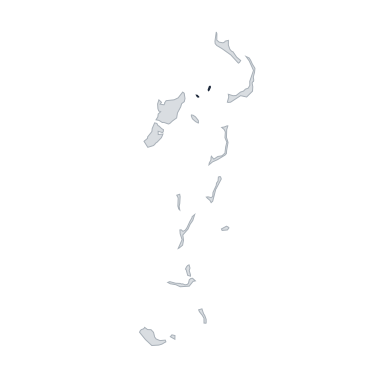 where Berry Islands sits in The Bahamas, rotated 53°
{"feature_id": "BHS-5018", "entity_name": "Berry Islands", "entity_type": "District", "adm_level": 1, "iso_a3": "BHS", "parent_name": "The Bahamas", "parent_adm1": "", "projection": "robinson", "projection_center": [-77.863, 25.599], "detail": "fine", "context": "in_parent", "style": "filled", "palette": "slate", "viewbox_px": 384, "rotation_deg": 53, "n_neighbors": 0, "source": "natural_earth", "source_scale": "10m", "svg_char_len": 3702}
<svg xmlns="http://www.w3.org/2000/svg" viewBox="0 0 384 384"><g transform="rotate(53 192 192)"><path d="M123.6,159.7L123.5,164.8L123.9,168.6L123.5,169.9L119.6,172.5L118.6,173.9L114.9,175.3L112.7,177.3L111.5,174.1L109.4,172.1L109.0,168.7L107.3,169.8L105.0,169.1L101.0,166.5L98.5,163.0L102.0,162.4L102.7,164.6L105.5,161.9L104.9,160.5L104.4,160.3L103.5,157.7L107.6,150.8L108.5,146.4L106.6,139.3L108.4,138.8L113.1,141.3L115.2,143.8L115.2,147.1L117.2,149.8L120.1,156.0L123.6,159.7ZM126.7,178.9L126.7,179.9L123.1,182.5L125.8,184.4L128.2,180.3L130.2,183.7L131.2,189.9L131.1,191.0L131.2,192.0L131.6,193.2L131.7,194.9L129.7,200.4L122.6,199.8L122.4,195.2L121.3,194.3L119.6,187.7L117.4,185.6L114.3,180.2L116.1,178.8L118.5,179.2L119.7,178.6L123.1,178.1L125.1,177.3L126.7,178.9ZM295.4,307.5L294.3,310.6L290.4,316.5L281.8,318.0L272.4,318.3L271.6,316.7L271.4,315.3L272.1,313.1L272.0,312.2L271.6,311.3L275.1,310.3L277.3,307.6L280.9,307.2L285.4,309.1L287.8,309.1L291.4,307.0L294.2,302.5L295.9,303.0L295.4,307.5ZM142.2,109.3L141.5,109.7L138.3,105.5L135.8,104.2L139.8,101.3L141.5,98.7L141.4,93.1L142.4,90.1L142.0,87.4L142.9,84.7L141.7,81.7L138.4,79.3L131.9,69.7L121.7,67.4L116.3,67.3L119.3,65.7L122.0,65.9L126.1,66.8L131.1,67.3L134.1,70.1L137.0,73.8L139.7,75.3L140.7,76.3L140.6,77.4L141.1,78.4L144.5,80.1L147.9,83.0L149.0,91.2L144.3,95.2L143.5,107.1L142.2,109.3ZM96.6,74.6L100.9,75.9L103.3,75.7L104.7,74.9L111.1,75.2L116.3,74.0L117.1,76.2L117.0,77.4L105.9,78.5L95.7,81.7L90.1,84.0L87.5,84.2L85.5,83.0L78.8,76.3L80.6,76.9L85.6,80.8L88.7,80.1L91.5,77.5L91.9,75.6L91.5,74.7L92.8,71.7L96.6,74.6ZM163.1,126.8L169.1,131.6L174.1,133.4L179.6,139.3L182.0,141.4L182.4,143.4L181.5,152.2L180.3,157.5L180.5,162.1L179.2,160.7L177.9,157.7L175.8,155.9L175.1,155.0L178.9,154.8L179.2,150.0L181.1,146.3L180.8,142.3L176.3,138.0L173.2,134.2L168.5,133.0L164.1,129.2L161.5,128.7L158.3,129.4L159.5,127.1L160.3,124.1L160.8,123.6L163.1,126.8ZM229.0,235.9L228.8,237.0L224.1,228.6L218.3,226.6L215.0,224.5L215.7,223.4L218.0,222.9L218.4,220.2L217.4,217.3L214.3,211.5L212.6,207.6L211.8,206.7L211.6,203.4L215.2,208.5L216.7,213.0L219.2,217.5L220.8,225.2L225.4,227.8L228.8,231.5L229.0,235.9ZM252.2,264.6L249.6,265.8L250.2,263.7L255.0,260.0L257.7,256.7L259.3,255.6L259.8,254.7L261.9,253.5L263.0,251.4L262.7,249.7L260.4,246.9L260.4,244.9L261.2,243.5L265.0,242.8L264.0,244.9L265.5,250.9L260.6,258.4L256.3,260.7L252.2,264.6ZM211.8,181.0L212.0,183.1L209.6,182.7L206.0,183.5L204.7,183.6L205.5,182.1L208.0,180.1L208.1,178.2L205.0,175.5L201.4,168.8L199.7,167.1L198.9,164.6L195.9,161.9L196.5,160.4L197.2,160.1L199.2,160.8L203.8,170.5L204.1,171.4L211.8,181.0ZM294.5,255.5L296.7,256.1L298.0,256.1L302.1,257.3L304.6,259.1L305.2,259.8L303.9,261.3L300.0,258.4L296.7,258.0L292.0,258.1L290.1,257.6L291.3,254.4L294.5,255.5ZM257.4,243.1L258.3,243.9L256.0,245.6L250.7,243.5L249.6,243.6L248.5,241.4L248.1,239.8L248.4,238.2L251.5,239.4L253.2,241.6L257.4,243.1ZM137.9,146.8L133.8,147.6L130.9,146.8L130.1,146.1L131.4,144.9L134.1,144.0L138.5,143.9L140.5,145.0L140.7,145.5L137.9,146.8ZM199.0,212.6L197.5,212.8L194.7,211.7L188.4,206.6L185.4,206.1L186.4,203.2L188.6,204.3L193.8,208.7L195.7,210.9L199.0,212.6ZM243.6,186.6L240.8,191.1L239.2,190.7L240.1,185.0L242.1,184.1L242.9,184.1L243.6,186.6ZM299.3,294.3L294.5,296.4L294.0,294.0L296.4,292.0L299.3,294.3Z" fill="#d9dde1" stroke="#a8b0b8" stroke-width="1"/><path d="M120.8,117.6L120.4,117.5L119.9,117.0L119.3,115.9L118.6,115.0L118.4,114.5L118.6,114.1L119.1,114.2L119.4,114.6L120.8,117.2L120.8,117.6ZM119.2,130.2L118.6,130.2L118.3,130.2L117.7,130.1L117.9,129.9L118.2,129.7L118.4,129.7L118.8,129.8L119.4,129.7L119.8,129.4L120.1,129.0L120.0,129.5L119.6,130.0L119.2,130.2Z" fill="#64748b" stroke="#1e293b" stroke-width="1.5"/></g></svg>